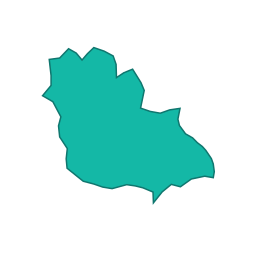 Peristerona Lefkosias, Nicosia, Cyprus, rotated 109°
{"feature_id": "46923920B8604631977543", "entity_name": "Peristerona Lefkosias", "entity_type": "district", "adm_level": 2, "iso_a3": "CYP", "parent_name": "Cyprus", "parent_adm1": "Nicosia", "projection": "mercator", "projection_center": [33.074, 35.132], "detail": "fine", "context": "isolated", "style": "filled", "palette": "teal", "viewbox_px": 256, "rotation_deg": 109, "n_neighbors": 0, "source": "geoboundaries", "source_scale": "gbopen_adm2", "svg_char_len": 804}
<svg xmlns="http://www.w3.org/2000/svg" viewBox="0 0 256 256"><g transform="rotate(109 128 128)"><path d="M190.5,79.6L177.3,74.9L167.2,68.7L166.5,59.3L155.6,51.5L148.6,39.8L147.2,31.2L141.2,32.2L134.2,35.7L129.8,39.2L123.8,47.2L121.3,51.7L119.3,57.7L116.3,63.7L114.8,71.7L108.9,80.2L103.4,83.7L92.5,85.2L97.3,94.5L103.5,102.3L105.1,112.4L105.1,122.6L87.2,124.9L81.0,130.4L70.9,142.8L77.1,149.9L84.1,155.3L71.7,160.0L64.7,165.5L63.1,175.6L63.1,186.5L70.9,190.5L78.7,193.6L74.0,201.4L72.4,210.0L84.1,215.4L88.8,224.8L103.5,217.8L112.8,214.6L125.3,219.3L127.6,207.6L139.3,195.1L148.6,194.4L158.7,189.7L167.2,178.7L177.3,176.4L185.9,172.5L192.9,153.0L192.1,142.1L192.1,132.7L190.5,123.3L182.0,110.8L180.4,102.3L179.7,94.5L180.4,83.5L190.5,79.6Z" fill="#14b8a6" stroke="#0f766e" stroke-width="1.5"/></g></svg>